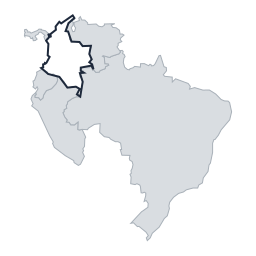 Colombia highlighted among its neighbors
{"feature_id": "COL", "entity_name": "Colombia", "entity_type": "country or territory", "adm_level": 0, "iso_a3": "COL", "parent_name": "South America", "parent_adm1": "", "projection": "robinson", "projection_center": [-72.763, 4.099], "detail": "coarse", "context": "with_neighbors", "style": "outline", "palette": "slate", "viewbox_px": 256, "rotation_deg": 0, "n_neighbors": 5, "source": "natural_earth", "source_scale": "50m", "svg_char_len": 4952}
<svg xmlns="http://www.w3.org/2000/svg" viewBox="0 0 256 256"><path d="M147.3,240.6L146.3,237.9L148.3,235.6L146.1,232.2L139.0,226.4L137.4,226.6L133.5,222.8L130.8,223.3L141.4,211.9L147.9,207.3L148.2,203.4L146.2,200.5L144.1,201.5L145.7,195.8L145.8,193.1L144.3,192.2L142.7,193.0L141.1,192.8L140.4,186.4L139.7,185.0L136.9,183.7L135.1,184.6L130.7,183.7L131.1,177.1L130.0,174.3L131.3,173.3L131.0,170.6L132.2,168.4L133.0,164.6L132.1,161.5L129.8,160.2L129.3,158.3L130.0,155.4L121.9,155.2L120.3,149.6L121.6,149.5L120.6,143.1L118.1,141.7L115.4,141.7L110.8,139.3L109.1,137.5L104.3,136.7L99.7,132.4L100.1,123.6L94.4,124.4L88.4,128.2L87.5,129.7L82.1,129.4L79.6,130.2L77.7,129.6L78.0,122.2L74.5,125.1L70.7,125.0L69.1,122.4L66.2,122.1L67.1,120.0L64.7,117.0L62.9,112.6L64.1,111.7L64.1,109.7L66.7,108.3L66.2,105.6L67.3,103.9L67.7,101.7L72.6,98.3L76.7,96.7L80.6,96.9L82.6,81.4L81.9,78.6L80.0,76.8L80.0,73.3L82.5,72.5L83.3,73.0L83.5,71.1L81.0,70.6L80.9,67.6L89.3,67.7L90.7,66.0L92.7,70.4L93.6,69.8L95.9,72.4L99.3,72.1L100.1,70.6L105.1,68.7L105.6,66.6L108.7,65.2L108.4,64.2L104.8,63.8L104.3,57.4L102.4,56.2L103.2,55.7L109.8,57.5L111.1,56.4L119.0,53.8L120.5,51.9L120.0,50.6L122.2,50.4L123.2,51.5L122.6,53.6L124.1,54.4L125.1,56.6L123.9,58.3L123.3,62.5L124.7,67.2L127.4,69.5L129.5,69.8L129.9,68.8L133.2,67.7L134.6,66.4L140.4,67.1L140.5,63.7L144.3,63.6L148.6,65.7L149.9,64.3L150.9,64.5L151.5,65.9L153.6,65.6L155.2,63.7L159.0,55.7L160.5,55.4L164.0,66.7L166.3,67.5L166.5,70.8L163.3,74.8L164.6,76.3L172.2,77.1L172.3,82.0L175.6,78.8L188.2,83.5L190.3,86.4L189.5,89.1L194.6,87.6L202.9,90.1L209.3,90.0L215.7,94.0L221.1,99.5L224.4,100.9L228.1,101.1L229.6,102.6L231.6,111.8L229.7,119.8L221.2,129.8L218.3,135.3L215.0,139.5L213.9,139.6L212.6,143.2L212.6,152.4L210.4,163.1L209.0,165.0L208.0,171.5L203.3,177.9L202.4,182.9L198.8,185.0L197.7,188.0L193.1,188.0L186.4,189.8L183.4,192.0L178.6,193.4L173.5,197.3L169.7,202.2L168.9,205.8L169.4,208.5L167.3,215.8L164.3,218.5L159.2,227.1L152.3,233.2L150.2,237.9L147.3,240.6Z" fill="#d9dde1" stroke="#a8b0b8" stroke-width="1"/><path d="M80.6,96.9L76.7,96.7L72.6,98.3L67.7,101.7L67.3,103.9L66.2,105.6L66.7,108.3L64.1,109.7L64.1,111.7L62.9,112.6L64.7,117.0L67.1,120.0L66.2,122.1L69.1,122.4L70.7,125.0L74.5,125.1L78.0,122.2L77.7,129.6L79.6,130.2L82.1,129.4L85.7,137.2L84.8,138.9L84.5,146.4L82.8,148.9L83.6,150.7L82.6,152.3L84.4,156.4L80.5,164.2L78.4,165.4L74.1,162.6L73.7,160.6L65.3,155.7L54.4,147.4L52.6,143.4L53.3,142.0L49.6,135.6L38.1,111.0L31.7,105.9L33.1,103.7L31.0,99.0L32.3,95.6L35.8,92.5L36.3,94.6L35.0,95.7L35.2,97.5L38.7,97.7L40.5,100.1L42.9,98.1L43.7,94.8L46.4,90.6L51.5,88.7L56.2,83.6L57.6,80.4L57.0,76.7L58.1,76.2L64.3,82.1L66.9,87.2L70.1,87.8L72.5,86.5L74.0,87.4L76.6,86.9L79.9,89.2L77.1,94.2L78.4,94.3L80.6,96.9Z" fill="#d9dde1" stroke="#a8b0b8" stroke-width="1"/><path d="M48.5,33.6L48.0,34.4L49.0,37.2L48.2,38.7L46.8,38.3L46.2,40.7L44.8,39.3L43.9,36.7L44.9,35.4L40.9,32.1L39.0,32.4L38.2,34.1L35.5,35.5L35.1,36.5L37.1,39.1L35.3,40.5L33.3,40.7L32.6,37.8L32.0,38.6L30.6,38.3L29.7,36.4L25.0,35.5L24.9,36.6L24.4,35.8L24.8,33.0L25.5,32.4L24.6,31.7L24.6,29.7L26.2,29.3L27.8,31.0L27.7,32.1L29.8,31.9L31.0,33.1L37.5,30.5L39.0,29.1L41.4,29.3L41.2,29.8L45.5,30.8L48.5,33.6Z" fill="#d9dde1" stroke="#a8b0b8" stroke-width="1"/><path d="M117.0,46.9L120.5,51.9L119.0,53.8L111.1,56.4L109.8,57.5L103.2,55.7L102.4,56.2L104.3,57.4L104.8,63.8L108.4,64.2L108.7,65.2L105.6,66.6L105.1,68.7L100.1,70.6L99.3,72.1L95.9,72.4L93.6,69.8L92.2,65.0L89.5,62.2L91.7,59.8L89.5,54.0L89.8,50.5L91.5,46.2L90.0,45.4L82.7,46.2L79.7,42.0L77.2,41.4L71.7,41.8L70.6,40.1L69.6,39.7L69.6,34.9L68.1,31.6L65.9,31.3L67.6,25.0L70.5,21.8L71.6,19.3L74.3,18.5L74.2,19.7L71.7,20.2L73.1,22.4L73.1,25.0L71.2,27.8L72.8,31.7L74.6,31.4L75.6,27.8L74.3,26.1L74.0,22.4L79.4,20.5L78.8,18.2L80.3,16.6L81.8,20.0L84.8,20.1L87.6,22.8L87.8,24.5L96.2,24.0L98.7,26.2L102.0,26.8L104.4,25.3L104.4,24.0L114.8,23.7L111.2,25.1L112.7,27.4L116.1,27.8L119.4,30.2L120.1,34.1L122.3,34.0L124.0,35.1L120.7,38.0L120.3,39.8L121.8,41.6L118.1,43.3L118.2,45.5L117.0,46.9Z" fill="#d9dde1" stroke="#a8b0b8" stroke-width="1"/><path d="M57.0,76.7L57.6,80.4L56.2,83.6L51.5,88.7L46.4,90.6L43.7,94.8L42.9,98.1L40.5,100.1L38.7,97.7L35.2,97.5L35.0,95.7L36.3,94.6L35.8,92.5L38.0,88.9L37.1,86.8L35.5,89.0L32.9,86.9L33.8,85.5L33.0,81.1L34.5,80.4L36.9,74.2L36.6,72.2L42.0,69.2L47.1,71.9L48.1,74.0L51.8,74.7L53.0,73.9L57.0,76.7Z" fill="#d9dde1" stroke="#a8b0b8" stroke-width="1"/><path d="M74.4,18.1L68.5,23.1L65.6,31.1L68.1,31.5L71.5,41.6L79.5,42.0L82.6,46.1L90.9,45.8L89.3,54.0L91.7,59.3L89.3,62.3L92.1,64.3L93.5,69.3L91.3,65.6L80.8,67.6L80.7,70.8L83.8,72.7L79.9,73.1L82.7,81.8L80.2,96.6L76.9,94.4L79.7,88.9L75.9,86.7L67.4,87.6L59.4,76.9L48.2,74.0L41.2,68.0L43.2,67.3L43.1,64.4L45.4,63.7L46.5,62.7L49.6,56.9L47.7,55.4L48.4,43.9L46.1,40.7L49.2,37.1L48.3,33.8L50.9,37.3L50.4,34.1L55.9,29.8L55.6,26.5L59.3,21.8L61.2,23.4L72.7,15.4L74.4,18.1ZM45.1,63.1L44.8,63.5L44.9,63.0L45.1,63.1Z" fill="none" stroke="#1e293b" stroke-width="2"/></svg>